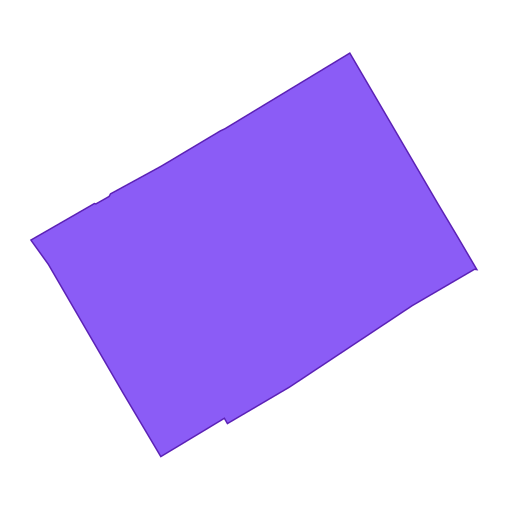 Cross, Arkansas, United States of America (Natural Earth projection), rotated 149°
{"feature_id": "52423323B80774695679496", "entity_name": "Cross", "entity_type": "district", "adm_level": 2, "iso_a3": "USA", "parent_name": "United States of America", "parent_adm1": "Arkansas", "projection": "natural_earth1", "projection_center": [-90.753, 35.297], "detail": "fine", "context": "isolated", "style": "filled", "palette": "violet", "viewbox_px": 512, "rotation_deg": 149, "n_neighbors": 0, "source": "geoboundaries", "source_scale": "gbopen_adm2", "svg_char_len": 441}
<svg xmlns="http://www.w3.org/2000/svg" viewBox="0 0 512 512"><g transform="rotate(149 256 256)"><path d="M73.2,207.1L71.1,381.6L217.3,381.1L222.1,381.6L291.0,381.8L348.7,384.2L351.2,382.7L366.4,383.1L367.5,384.2L440.7,385.6L440.7,384.9L438.3,355.7L440.5,207.4L440.9,133.1L366.7,133.2L366.8,127.1L294.7,126.4L221.0,129.7L147.5,133.0L75.6,132.1L73.7,130.6L73.3,169.9L73.2,207.1Z" fill="#8b5cf6" stroke="#5b21b6" stroke-width="1.5"/></g></svg>